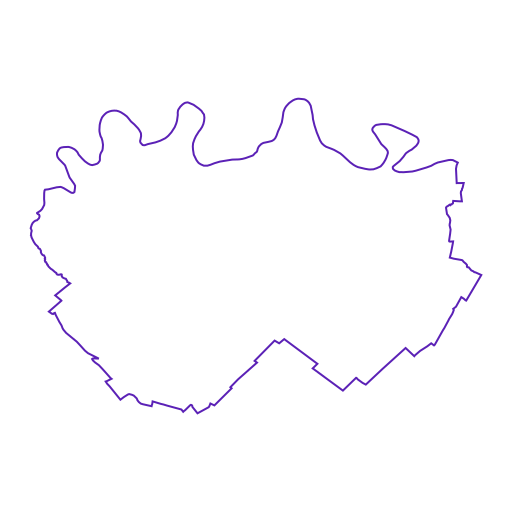 the district of Paltinis, Botosani, Romania
{"feature_id": "2599482B86500837031664", "entity_name": "Paltinis", "entity_type": "district", "adm_level": 2, "iso_a3": "ROU", "parent_name": "Romania", "parent_adm1": "Botosani", "projection": "natural_earth1", "projection_center": [26.672, 48.222], "detail": "fine", "context": "isolated", "style": "outline", "palette": "violet", "viewbox_px": 512, "rotation_deg": 0, "n_neighbors": 0, "source": "geoboundaries", "source_scale": "gbopen_adm2", "svg_char_len": 5965}
<svg xmlns="http://www.w3.org/2000/svg" viewBox="0 0 512 512"><path d="M434.0,345.4L434.8,344.7L442.9,330.3L444.3,328.1L448.6,320.1L448.8,319.5L452.1,314.2L453.0,312.2L453.8,309.9L453.2,308.9L456.0,306.7L461.3,297.1L463.8,298.7L465.5,300.3L466.2,300.6L481.3,275.0L475.3,272.3L474.3,272.2L473.5,271.4L471.3,270.4L468.7,267.3L467.3,267.2L467.1,267.0L466.9,266.4L467.0,265.1L466.8,264.8L465.9,263.7L463.7,261.9L462.4,260.3L461.5,260.0L453.9,258.7L449.8,257.6L451.2,251.7L452.8,243.5L453.1,241.4L450.0,241.6L449.4,241.5L449.1,241.1L449.1,240.6L450.1,234.0L450.6,229.6L449.6,225.4L449.7,223.9L450.0,222.8L450.3,220.3L449.7,217.8L447.7,214.9L447.0,214.1L446.0,207.7L446.6,206.7L447.9,206.0L449.5,204.8L450.1,204.5L450.3,204.5L450.5,205.0L451.2,204.4L451.6,204.4L451.9,204.0L452.9,203.4L453.2,200.9L459.3,201.3L461.9,201.3L460.8,193.1L461.0,191.4L461.9,190.1L462.0,188.9L462.6,187.8L463.7,183.0L456.7,183.1L456.0,168.8L456.6,165.4L457.8,162.6L452.9,160.1L450.6,159.9L448.4,160.1L437.8,162.5L434.5,163.9L431.2,165.8L426.5,167.5L415.8,170.7L412.3,171.5L403.7,172.2L399.2,172.1L396.9,171.4L394.8,170.5L393.1,169.0L392.8,168.0L392.8,167.0L393.5,166.1L399.7,161.1L403.4,156.8L405.6,153.7L406.4,152.9L409.4,150.8L411.7,149.6L416.3,145.7L417.7,143.7L418.3,142.6L418.6,141.3L418.6,140.3L418.3,139.3L417.1,137.4L416.2,136.8L412.1,134.6L404.6,131.0L391.5,125.3L388.1,124.4L384.6,124.1L381.0,124.2L376.3,124.9L375.3,125.4L374.5,126.0L373.0,127.6L372.5,128.5L372.3,129.6L372.5,130.6L373.0,131.6L375.2,134.4L381.3,144.1L384.7,147.3L386.3,149.0L387.5,150.8L387.8,151.9L387.9,153.0L387.4,154.7L386.3,157.9L385.4,159.8L383.7,162.7L382.4,164.4L380.6,166.4L376.7,168.2L373.4,169.3L369.8,169.5L368.5,169.4L365.0,168.8L357.9,167.1L355.7,166.1L353.6,164.9L350.0,162.2L342.7,155.4L340.3,153.4L334.1,149.9L331.5,148.8L326.2,146.8L324.2,145.5L321.8,143.3L320.1,140.5L316.8,132.5L314.5,125.4L313.0,119.2L312.6,115.0L310.7,105.7L309.1,102.8L307.6,101.2L305.7,99.9L304.6,99.4L303.5,99.2L298.6,98.7L297.4,98.8L295.0,99.4L292.9,100.4L291.0,101.7L289.1,103.1L287.6,104.7L286.1,106.4L284.9,108.3L284.1,110.2L283.4,112.2L282.7,117.4L281.8,122.5L279.9,127.2L278.0,131.4L276.5,135.7L275.3,138.1L274.0,139.6L272.4,140.7L271.4,141.1L268.2,141.9L263.4,142.9L261.3,144.0L258.9,146.4L258.2,147.7L257.7,148.9L257.2,150.9L256.7,151.9L254.9,153.3L253.7,154.7L252.8,155.5L245.5,158.1L242.4,158.9L239.0,159.4L232.2,159.6L219.9,161.6L214.5,163.2L210.4,164.8L207.3,165.7L203.9,165.7L200.9,164.4L199.1,163.3L198.3,162.6L196.5,160.2L193.8,154.7L193.0,149.6L192.8,146.4L193.1,143.2L194.5,139.2L195.9,136.2L198.9,131.4L200.3,129.7L202.1,126.9L203.4,123.9L204.1,120.9L204.4,117.7L204.0,114.5L202.7,112.8L201.5,110.9L198.9,108.6L193.6,104.8L188.4,102.6L187.4,102.4L185.2,102.8L184.2,103.3L182.5,104.5L180.3,106.7L178.4,109.5L178.0,110.6L177.7,112.7L177.8,115.0L177.0,120.8L176.2,123.6L174.7,127.2L171.4,132.3L168.4,135.7L166.9,137.0L165.2,138.3L160.3,140.7L155.4,142.4L147.9,144.1L144.8,145.2L143.7,145.2L142.6,145.0L140.5,142.7L140.2,141.8L140.1,140.9L140.6,138.9L141.1,136.0L141.0,134.2L140.9,133.2L140.5,132.3L139.1,129.8L137.9,128.2L134.3,124.4L131.0,121.5L128.3,118.1L126.8,116.4L124.2,114.4L121.1,112.4L118.7,111.3L116.5,110.7L114.2,110.6L111.8,110.8L109.5,111.4L107.3,112.3L106.3,112.9L104.7,114.3L103.3,115.8L102.0,117.5L100.9,120.2L100.1,123.0L99.7,125.0L99.4,129.8L99.5,131.7L100.1,134.5L100.7,136.5L101.6,138.1L102.4,140.9L103.0,144.8L102.7,148.7L102.3,150.5L100.9,152.9L100.2,154.7L99.9,156.9L99.9,160.1L99.5,161.2L98.1,163.0L97.1,163.7L94.8,164.5L92.3,165.1L91.0,164.9L89.8,164.5L87.8,163.4L84.9,161.3L81.9,158.3L78.7,154.7L77.5,152.3L76.1,150.7L74.5,149.3L71.6,147.8L69.4,147.1L68.4,146.9L63.8,147.1L61.5,147.5L60.4,147.9L59.5,148.6L58.3,150.2L57.4,151.9L57.0,152.9L57.0,154.7L57.3,156.2L57.7,157.3L59.0,159.1L64.6,164.8L65.2,165.7L69.3,176.8L69.7,177.7L74.2,184.0L75.1,185.8L74.9,188.7L74.4,192.0L73.4,192.8L72.1,192.9L70.9,192.5L63.8,188.2L61.6,187.2L60.5,186.9L56.7,187.3L48.4,189.3L45.0,189.7L44.5,190.6L44.2,193.0L44.1,199.0L44.4,202.8L44.2,205.0L42.1,209.0L40.4,210.8L37.1,212.9L37.1,213.3L37.8,214.0L39.1,214.7L39.5,215.9L39.5,216.7L38.9,218.4L37.4,219.8L37.1,220.2L35.3,220.7L34.8,221.1L33.9,221.7L32.6,223.1L31.7,224.9L30.7,228.2L30.7,228.4L31.1,229.0L31.7,230.8L31.1,233.3L31.1,234.6L30.9,235.3L31.3,236.0L31.4,236.9L31.8,237.9L33.8,241.9L35.3,244.2L37.9,246.7L38.3,248.0L38.8,248.5L39.8,248.8L40.3,249.6L40.9,250.8L41.0,251.1L40.8,252.0L41.4,253.5L42.5,254.9L43.0,255.2L44.0,255.4L44.5,256.3L45.2,258.0L44.7,258.8L45.2,259.8L44.8,260.5L44.9,260.9L45.3,261.9L46.0,262.1L46.3,262.4L46.5,263.3L47.1,263.9L47.1,264.6L47.7,264.9L48.0,265.3L48.3,266.3L50.7,268.7L52.4,269.8L55.1,272.2L56.3,272.9L56.4,273.6L57.3,274.6L58.9,274.8L60.9,274.3L61.6,274.4L61.8,274.7L61.7,276.1L62.5,277.4L64.4,278.4L65.9,278.8L66.4,279.8L67.1,280.7L67.3,282.0L69.1,282.7L70.2,283.4L64.9,287.5L55.2,295.4L60.9,300.1L61.4,300.7L48.9,311.6L52.0,313.8L52.7,313.9L53.9,313.3L53.9,313.6L55.0,313.0L55.8,315.1L59.4,322.0L61.5,325.4L62.6,328.3L63.5,329.8L66.2,333.0L76.8,341.7L80.6,345.8L84.9,350.6L88.0,353.2L98.8,358.6L93.7,358.4L92.6,358.6L92.1,359.0L92.9,360.4L95.0,362.4L98.9,365.2L102.3,368.8L110.6,378.1L111.5,378.8L106.7,381.2L105.7,381.5L107.1,383.7L109.6,386.3L120.4,399.7L123.8,397.1L127.1,395.0L128.3,394.3L129.3,394.1L132.0,394.8L133.8,395.6L136.6,398.3L137.2,399.4L137.4,400.2L138.8,402.0L140.8,403.6L142.7,404.2L151.6,406.2L151.8,405.1L152.2,404.2L152.6,401.4L160.9,403.9L163.5,404.5L167.1,405.6L181.4,409.5L183.2,411.8L184.1,410.9L185.0,410.3L190.0,405.4L190.7,404.9L191.1,404.9L191.7,405.1L192.2,405.7L192.4,406.9L197.5,413.3L208.7,407.2L209.3,406.3L210.4,403.5L214.4,405.4L231.6,388.3L230.4,387.2L238.1,379.3L257.0,362.6L254.6,360.9L274.6,340.6L279.2,343.3L284.2,339.1L317.4,363.8L312.7,368.4L342.9,390.6L356.1,377.8L356.5,377.9L357.8,379.4L362.6,382.9L365.8,384.6L382.2,369.2L405.6,348.0L414.3,356.2L415.0,355.3L420.1,350.9L427.3,346.3L431.2,343.3L434.0,345.4Z" fill="none" stroke="#5b21b6" stroke-width="2"/></svg>